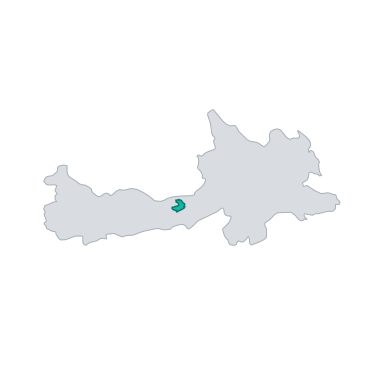 Khounkham, Khammouan, Laos shown in context, rotated 118°
{"feature_id": "54806243B26229872021267", "entity_name": "Khounkham", "entity_type": "district", "adm_level": 2, "iso_a3": "LAO", "parent_name": "Laos", "parent_adm1": "Khammouan", "projection": "robinson", "projection_center": [104.542, 18.055], "detail": "fine", "context": "in_parent", "style": "filled", "palette": "teal", "viewbox_px": 384, "rotation_deg": 118, "n_neighbors": 0, "source": "geoboundaries", "source_scale": "gbopen_adm2", "svg_char_len": 5377}
<svg xmlns="http://www.w3.org/2000/svg" viewBox="0 0 384 384"><g transform="rotate(118 192 192)"><path d="M143.6,59.7L145.1,62.7L152.2,70.8L153.4,73.0L156.0,74.7L158.2,82.0L159.1,82.4L160.3,81.9L161.2,80.9L161.9,78.1L162.4,77.8L163.2,80.1L165.2,80.8L166.1,81.8L166.3,83.5L166.0,85.3L164.3,89.5L163.3,95.0L170.3,106.9L173.2,108.5L180.1,110.4L184.8,113.0L187.0,112.4L189.1,109.5L191.6,107.8L196.3,105.3L197.7,105.1L200.2,106.1L204.5,109.1L210.9,114.6L210.7,116.1L209.5,117.5L206.1,119.7L205.0,121.1L205.6,121.7L208.5,122.0L211.9,123.3L212.9,124.7L213.5,128.0L214.1,128.6L217.2,128.3L218.2,128.7L219.3,129.8L220.4,132.5L220.4,134.6L217.3,138.2L216.9,140.3L215.3,142.9L211.0,147.2L209.9,147.5L202.0,145.1L195.7,145.5L195.2,146.4L196.3,149.0L196.6,151.6L195.6,153.5L192.0,156.1L191.8,157.2L192.6,158.4L197.8,160.7L214.6,173.1L222.2,175.5L225.6,177.1L226.4,178.0L226.4,179.0L225.5,180.4L224.8,182.9L224.8,184.3L225.6,185.7L226.9,187.9L231.6,192.6L235.1,193.7L238.7,199.1L239.7,203.9L241.5,206.9L250.2,217.2L257.5,223.5L261.9,230.3L264.0,231.8L264.7,234.3L265.2,241.4L267.8,245.0L268.3,246.4L269.4,247.5L270.6,247.7L273.2,245.4L273.7,245.7L274.9,249.5L275.9,250.9L279.8,253.2L283.9,257.7L286.1,259.4L288.8,260.7L289.2,262.1L288.7,263.6L287.9,264.6L283.1,267.2L282.5,268.3L285.6,274.2L293.6,281.4L296.1,285.7L295.5,287.8L293.4,292.0L291.7,293.1L291.3,294.4L292.5,297.9L292.4,303.2L290.9,304.4L289.5,307.7L288.5,307.9L286.1,306.7L281.0,312.3L278.9,312.0L276.3,315.1L273.0,315.5L270.7,313.2L265.9,309.5L264.2,307.2L262.7,309.2L260.1,311.1L256.5,310.4L255.5,313.2L254.8,313.7L250.5,314.2L249.7,314.6L250.4,317.2L252.9,321.5L253.7,324.0L252.1,328.0L247.6,327.9L245.6,326.3L243.0,322.8L237.2,320.6L233.4,322.1L232.2,322.1L229.3,319.2L228.2,317.3L227.6,314.5L232.0,312.3L234.2,310.6L235.7,308.7L236.3,306.8L237.0,298.8L237.6,295.9L237.3,292.5L236.1,289.8L236.1,285.7L236.7,282.3L238.4,280.7L239.5,278.3L240.2,273.0L239.7,271.6L238.0,270.3L235.3,269.0L233.5,267.5L232.8,265.6L232.9,263.9L233.7,262.5L231.6,260.9L226.6,259.1L223.8,257.0L223.2,254.5L221.1,251.3L217.4,247.3L215.5,241.5L215.3,234.0L215.8,227.9L217.3,220.8L215.2,215.7L212.9,213.0L209.7,211.0L206.6,208.2L203.7,204.5L200.2,199.0L196.1,191.7L193.4,188.5L192.0,189.2L189.1,188.6L184.6,186.5L180.7,185.3L177.3,185.2L175.2,185.6L174.1,186.8L174.1,187.9L174.9,188.9L174.5,189.8L172.7,190.4L171.3,191.6L169.7,194.2L168.6,197.7L166.9,199.0L164.4,199.3L161.9,200.3L159.4,202.0L158.2,203.3L158.3,204.2L157.8,204.4L156.6,203.9L156.0,202.7L156.1,200.9L154.8,199.7L152.2,199.1L149.3,197.1L143.7,192.1L142.4,191.9L140.5,193.2L138.1,196.0L136.1,197.1L134.6,196.6L133.3,197.5L132.5,200.1L130.9,202.1L123.3,207.5L116.5,214.5L114.8,215.1L110.6,213.2L109.3,211.8L115.1,197.5L115.9,194.1L115.8,189.5L113.4,185.7L113.3,184.6L113.7,183.4L116.6,179.0L120.0,167.6L119.8,164.1L118.4,160.2L117.6,156.5L118.3,151.4L118.0,149.5L116.4,148.5L111.3,147.5L108.3,148.3L106.9,149.7L105.1,150.5L101.9,151.0L98.8,149.3L96.2,146.4L95.6,142.9L98.9,135.3L99.7,132.3L99.6,130.9L99.1,129.5L98.3,129.3L96.6,127.5L95.1,124.3L93.6,122.9L92.1,123.2L90.8,124.4L88.6,127.4L87.9,127.0L89.9,116.5L91.7,112.0L93.9,109.9L96.1,109.0L98.5,109.3L100.4,109.0L102.0,107.9L101.9,107.2L100.0,107.1L99.3,105.9L99.7,103.7L100.5,102.2L101.8,101.5L103.1,99.3L104.3,95.4L105.8,93.5L107.5,93.4L110.5,91.8L114.7,88.5L116.3,85.4L117.9,86.8L117.3,90.5L118.1,91.3L118.5,92.5L118.3,94.6L118.6,96.3L119.3,97.2L120.2,97.6L124.7,96.1L127.4,96.0L131.8,98.7L134.5,96.7L134.5,95.9L132.3,93.4L133.1,84.2L132.8,77.2L129.1,72.0L128.4,69.9L128.0,66.5L127.0,63.6L129.7,61.3L131.1,57.0L132.9,56.0L133.5,56.1L135.8,59.4L138.6,57.7L140.8,57.7L142.6,58.6L143.6,59.7Z" fill="#d9dde1" stroke="#a8b0b8" stroke-width="1"/><path d="M216.3,201.1L216.3,199.9L216.2,198.6L216.1,198.2L215.8,197.6L215.8,196.7L216.0,196.7L216.6,196.5L216.7,196.4L216.8,196.2L216.7,196.0L216.5,195.9L216.4,195.8L216.3,195.7L216.2,195.6L215.9,195.5L215.8,195.4L215.6,195.3L215.4,195.2L215.2,195.2L214.9,195.0L214.8,194.9L214.7,194.7L214.4,194.5L214.3,194.4L214.2,194.3L214.1,194.2L213.9,194.1L213.7,193.8L213.5,193.7L213.4,193.6L213.2,193.5L212.9,193.4L212.7,193.3L212.6,193.2L212.4,193.1L212.2,193.0L212.0,192.9L211.9,192.8L211.8,192.7L211.6,192.5L211.5,192.4L211.4,192.3L211.2,192.2L210.8,192.0L210.6,192.0L210.5,191.9L210.4,191.9L210.2,191.8L210.1,191.7L209.9,191.5L209.8,191.4L209.7,191.4L209.4,191.4L209.2,191.4L208.8,191.4L208.8,191.5L208.7,191.5L208.7,191.9L208.8,192.0L208.7,192.1L208.4,192.3L208.2,192.2L208.2,192.3L207.9,192.2L207.7,192.2L207.7,192.3L207.4,192.3L207.2,192.4L206.9,192.3L206.9,192.2L206.9,192.3L206.7,192.4L206.5,192.5L206.4,192.6L206.2,192.8L206.1,193.0L205.9,193.3L205.9,193.5L205.9,193.8L205.8,194.1L205.9,194.4L205.9,194.5L205.7,194.9L205.7,195.1L205.6,195.3L205.5,195.5L205.4,195.8L205.4,196.1L205.1,196.4L204.9,196.6L204.7,197.1L204.4,197.6L204.5,197.8L204.6,198.1L204.6,198.4L204.7,198.7L204.8,198.9L204.9,199.2L205.0,199.4L204.9,199.7L205.0,199.7L204.9,199.8L205.0,200.0L205.4,200.6L205.5,200.8L205.7,201.0L205.8,201.1L206.0,201.2L206.1,201.3L206.3,201.3L206.6,201.9L206.7,202.0L206.8,202.2L206.8,202.3L207.0,202.3L207.1,202.2L207.5,201.6L208.4,201.1L208.2,200.5L208.1,200.4L208.2,199.8L208.3,199.2L208.4,198.9L208.6,198.6L209.5,197.6L210.5,197.8L210.8,198.0L211.2,198.3L211.5,198.6L212.4,199.8L214.0,201.0L214.7,202.2L215.5,202.2L216.3,201.1Z" fill="#14b8a6" stroke="#0f766e" stroke-width="1.5"/></g></svg>